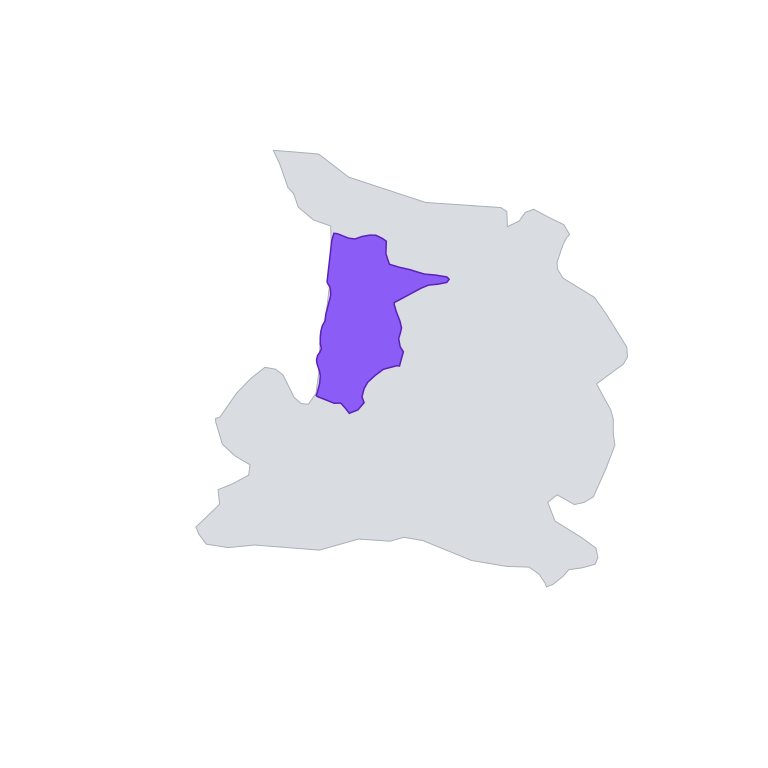 Podgorica highlighted on a map of Montenegro, rotated 152°
{"feature_id": "MNE-1517", "entity_name": "Podgorica", "entity_type": "Municipality", "adm_level": 1, "iso_a3": "MNE", "parent_name": "Montenegro", "parent_adm1": "", "projection": "natural_earth1", "projection_center": [19.345, 42.469], "detail": "fine", "context": "in_parent", "style": "filled", "palette": "violet", "viewbox_px": 768, "rotation_deg": 152, "n_neighbors": 0, "source": "natural_earth", "source_scale": "10m", "svg_char_len": 2225}
<svg xmlns="http://www.w3.org/2000/svg" viewBox="0 0 768 768"><g transform="rotate(152 384 384)"><path d="M335.9,128.5L335.2,132.3L336.4,143.4L341.9,154.2L361.2,165.3L389.7,187.2L423.1,227.4L438.5,239.4L452.3,242.3L479.2,259.0L498.0,263.1L519.1,267.7L573.9,302.6L598.5,312.8L616.1,326.0L618.0,338.3L617.2,346.0L585.6,355.0L580.1,368.6L564.8,367.0L546.3,367.0L540.2,375.6L549.1,389.9L555.0,406.6L550.4,429.6L548.8,432.7L544.4,431.8L518.3,445.2L498.8,451.5L481.3,454.6L473.0,448.2L468.9,439.5L469.6,414.2L466.4,405.7L460.4,401.6L448.5,407.6L434.5,427.1L421.6,449.8L402.1,473.4L386.1,496.1L368.7,524.7L356.9,548.5L369.2,561.8L376.7,580.4L374.4,594.4L376.6,602.5L372.8,626.9L372.0,642.3L333.7,617.7L318.0,583.1L262.0,524.7L198.0,484.9L194.6,478.7L198.2,471.0L201.3,465.0L188.0,464.5L178.6,469.3L169.8,468.0L159.8,453.1L150.4,440.2L150.0,428.8L154.3,427.3L160.7,422.8L174.2,410.2L176.9,403.5L176.3,393.5L157.5,361.6L154.9,341.0L152.3,302.6L156.3,293.6L163.2,289.2L196.3,284.4L196.0,254.5L198.0,245.5L204.6,233.1L208.8,221.7L227.2,205.5L252.1,186.1L263.0,185.5L272.5,188.2L283.2,204.9L294.9,202.7L297.4,182.7L282.1,156.5L273.9,139.7L276.5,130.5L282.2,125.7L295.4,128.7L308.0,133.3L316.0,130.2L328.6,127.8L335.9,128.5Z" fill="#d9dde1" stroke="#a8b0b8" stroke-width="1"/><path d="M449.3,405.7L446.9,407.8L440.5,414.8L436.4,421.1L435.0,425.3L433.6,433.4L432.2,437.1L429.2,440.4L425.7,442.2L422.7,444.6L421.4,449.3L418.4,455.1L415.0,460.2L411.0,464.5L406.2,467.5L402.9,472.6L390.4,486.2L389.1,487.9L386.8,493.0L386.3,495.2L386.5,499.5L386.2,501.1L362.7,535.3L357.5,540.6L354.7,538.7L346.8,529.4L341.6,525.7L334.3,524.6L326.8,522.2L321.4,519.2L317.3,513.6L314.9,509.0L321.2,498.1L323.0,487.2L315.8,480.0L307.4,472.8L301.8,467.1L296.6,462.0L287.4,456.0L278.2,449.0L277.3,445.9L280.9,444.2L284.5,445.3L289.5,446.8L298.2,450.4L306.2,451.2L324.7,451.1L336.8,451.1L337.6,449.7L339.2,441.9L340.4,432.0L342.2,425.3L345.2,421.8L349.7,417.2L352.2,409.5L351.8,403.3L358.2,396.6L361.9,392.6L364.1,394.1L377.6,397.3L388.0,395.7L397.6,393.2L403.7,389.3L409.5,383.0L410.3,376.9L419.2,373.4L428.4,374.4L429.5,380.9L431.2,387.5L437.0,390.4L442.0,396.3L448.5,403.9L449.3,405.6L449.3,405.7Z" fill="#8b5cf6" stroke="#5b21b6" stroke-width="1.5"/></g></svg>